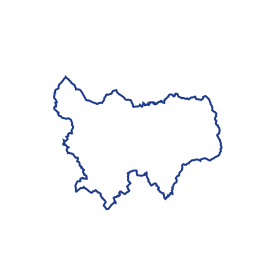 outline of Befotaka, Atsimo-Atsinanana, Madagascar, rotated 140°
{"feature_id": "10022922B11101019287712", "entity_name": "Befotaka", "entity_type": "district", "adm_level": 2, "iso_a3": "MDG", "parent_name": "Madagascar", "parent_adm1": "Atsimo-Atsinanana", "projection": "robinson", "projection_center": [46.959, -23.944], "detail": "fine", "context": "isolated", "style": "outline", "palette": "blue", "viewbox_px": 256, "rotation_deg": 140, "n_neighbors": 0, "source": "geoboundaries", "source_scale": "gbopen_adm2", "svg_char_len": 5822}
<svg xmlns="http://www.w3.org/2000/svg" viewBox="0 0 256 256"><g transform="rotate(140 128 128)"><path d="M68.3,53.8L68.0,55.3L67.3,55.8L66.7,56.6L66.4,57.2L66.2,58.3L65.2,59.7L65.4,61.1L64.7,63.2L64.5,65.0L63.9,65.4L61.5,65.3L60.5,66.5L59.3,67.1L58.1,69.6L58.1,71.0L57.5,72.1L57.6,72.6L58.1,73.0L58.1,74.2L57.5,75.4L55.8,76.6L55.7,77.4L56.0,78.3L55.8,78.9L54.3,80.0L52.7,80.4L52.4,81.3L51.1,82.2L51.0,83.8L51.8,85.8L52.1,87.5L50.9,88.6L49.7,90.5L49.4,93.1L48.8,94.0L47.4,98.2L47.7,99.2L47.8,101.5L48.1,102.7L50.5,103.5L51.0,102.9L51.9,102.3L53.1,102.5L53.9,102.4L54.6,103.5L57.1,106.3L56.9,106.7L56.9,107.9L56.4,108.8L57.5,109.4L58.4,109.6L60.2,110.9L61.7,110.7L63.1,110.9L63.5,111.6L63.5,112.6L65.1,113.2L66.2,115.4L66.7,115.9L67.7,116.2L67.9,117.5L68.4,117.9L69.1,119.6L68.7,121.6L68.3,122.1L68.7,122.5L68.7,122.9L69.4,123.7L70.2,123.5L71.5,122.6L72.7,122.8L72.8,123.3L72.5,124.4L72.9,125.3L74.0,126.6L75.7,126.9L76.2,126.7L76.9,126.0L77.5,126.2L79.7,126.0L80.8,126.2L81.3,125.8L82.3,125.9L84.1,124.0L85.3,125.7L84.9,127.0L85.1,127.5L85.4,127.6L86.8,127.4L87.4,128.2L87.8,128.3L88.9,128.3L89.5,127.9L90.8,128.2L91.0,128.6L90.9,129.2L91.7,130.6L92.3,129.3L92.8,130.3L92.5,131.6L94.6,133.5L95.2,133.8L95.2,133.2L95.5,132.8L96.8,132.3L97.3,132.3L97.5,133.9L98.4,133.5L100.4,134.6L100.0,135.4L99.9,136.4L100.2,137.4L101.3,136.2L102.4,135.9L103.3,135.2L103.8,135.5L103.9,138.1L105.0,137.7L106.3,137.9L106.9,138.3L107.8,139.2L110.2,140.6L110.1,141.8L109.1,142.9L108.9,145.0L107.9,147.2L108.2,147.8L108.7,148.1L109.7,149.7L110.9,150.3L111.3,150.8L111.8,152.1L111.4,153.6L112.5,158.2L113.0,159.1L113.4,162.1L112.7,164.6L115.9,166.1L118.7,164.9L120.1,165.7L121.4,165.9L122.8,167.4L123.3,167.1L123.9,167.3L125.1,166.4L126.5,166.4L128.1,165.0L129.0,164.8L129.4,164.4L130.7,164.3L131.3,163.9L131.7,163.9L133.0,165.1L134.6,166.0L135.6,165.9L136.2,166.1L136.9,167.8L138.8,170.8L139.4,172.5L140.0,173.3L140.0,173.9L140.9,175.0L141.4,175.2L142.1,176.5L141.1,180.8L140.8,183.2L140.4,184.3L140.2,187.9L140.9,189.2L141.8,190.1L143.1,191.0L142.1,192.6L142.2,193.3L141.3,195.4L141.9,196.7L141.9,197.6L142.5,198.7L142.1,200.1L142.4,201.9L142.3,203.2L142.8,205.3L142.9,207.2L143.6,206.7L145.5,206.8L146.9,206.2L150.7,205.6L152.3,205.7L153.3,205.1L154.5,204.6L155.5,203.1L157.0,203.1L157.7,203.5L158.8,203.7L160.4,203.1L161.1,201.7L161.9,201.9L163.1,200.5L164.6,199.4L165.0,198.9L165.2,198.3L165.3,195.8L166.0,193.4L167.5,194.0L168.1,192.1L168.4,191.6L169.0,191.5L169.3,190.7L169.6,190.7L170.5,191.4L170.9,191.3L171.8,190.8L172.3,189.6L171.7,186.7L171.8,186.0L171.3,184.4L171.5,184.1L172.5,183.9L172.9,181.6L171.8,179.9L172.0,178.3L169.2,174.6L167.2,173.6L166.5,171.0L167.7,167.4L169.0,166.4L169.0,165.0L169.2,164.4L169.8,163.6L173.1,162.2L174.3,159.9L174.7,160.1L176.1,161.8L177.8,161.8L178.1,161.6L178.5,160.7L178.9,160.3L180.8,160.9L181.0,158.9L181.3,158.4L183.9,158.1L184.8,158.8L185.1,159.7L185.4,159.1L185.3,158.3L186.2,158.0L186.5,157.0L187.4,157.0L187.7,157.5L188.3,156.9L186.5,154.5L186.7,152.7L186.1,151.9L186.0,151.3L187.5,151.6L189.2,150.5L189.6,149.6L189.6,148.3L190.2,147.4L188.8,146.4L188.4,145.5L187.8,145.0L187.7,144.4L186.9,143.7L187.2,139.0L186.8,138.5L186.0,138.1L185.6,137.4L186.2,136.5L188.4,135.1L187.6,133.9L187.4,133.1L188.1,131.7L189.2,130.2L188.5,128.5L188.7,128.1L189.4,127.7L188.8,127.0L189.1,125.4L188.7,124.9L188.7,124.2L189.0,124.0L190.0,124.0L190.8,123.1L190.9,122.1L191.2,121.6L191.0,120.9L191.6,120.3L191.0,119.5L190.9,118.3L190.7,117.6L191.8,116.8L192.0,115.9L192.2,115.6L193.2,116.5L193.8,117.3L194.6,117.7L194.6,118.7L194.9,119.1L196.2,119.3L196.7,119.7L197.2,119.6L197.7,118.9L198.7,118.6L198.9,118.0L200.7,119.4L201.7,119.4L205.4,117.7L206.6,115.4L208.6,112.9L208.5,112.5L202.6,112.4L200.7,110.8L199.8,111.2L199.5,108.6L199.1,108.2L198.9,107.4L198.9,106.2L198.6,105.8L198.5,104.3L197.6,101.8L196.7,101.6L195.3,102.0L194.6,101.3L192.8,101.2L192.6,100.6L192.5,100.0L192.7,99.6L192.4,98.7L192.4,97.7L191.9,97.4L191.5,96.8L191.5,96.0L191.2,95.2L191.4,94.7L192.3,94.0L192.6,92.8L192.5,92.0L192.9,90.6L192.5,90.3L192.4,89.8L192.6,88.7L192.4,87.9L192.5,86.2L192.9,85.4L195.4,84.8L196.5,84.1L196.4,81.6L196.6,79.7L195.1,78.7L194.5,78.7L190.2,79.7L187.1,79.8L186.3,79.6L185.8,78.5L185.1,79.2L185.1,81.0L184.1,82.9L184.0,83.6L182.4,83.5L181.1,82.5L179.5,82.9L179.2,82.7L179.2,81.9L178.1,81.7L176.8,82.2L176.6,83.9L174.9,84.4L174.2,83.8L174.3,82.8L173.8,82.2L173.0,79.5L172.1,79.3L170.3,79.5L169.4,79.1L167.3,79.1L167.1,79.4L167.2,81.1L166.6,82.2L166.4,83.7L161.6,84.2L161.7,87.1L161.5,88.1L159.4,90.1L159.2,91.1L157.6,91.9L157.4,93.4L156.3,93.5L155.6,92.8L153.9,93.1L153.0,92.3L151.7,92.2L148.9,90.1L148.9,89.6L150.8,87.1L151.2,86.2L151.0,85.4L150.1,84.8L148.8,83.0L145.7,81.4L145.3,81.4L144.6,82.3L144.3,82.3L143.7,81.9L142.5,81.9L142.7,81.3L143.6,80.7L144.2,79.7L145.3,77.1L145.3,76.1L145.6,74.9L146.6,74.4L146.6,72.3L147.2,69.6L147.2,69.1L146.8,68.8L143.4,68.5L142.5,67.9L142.4,67.2L142.4,66.5L143.3,65.8L142.8,64.7L142.7,62.4L143.1,62.1L144.1,62.2L144.5,61.1L144.2,59.6L144.5,58.8L144.3,57.9L143.6,56.5L143.7,55.8L142.9,55.2L143.1,54.4L145.0,51.3L145.1,50.2L144.9,49.5L144.1,49.9L143.3,49.7L142.8,50.2L141.6,50.0L140.8,49.5L140.4,50.0L140.4,50.6L139.3,50.0L137.2,50.8L136.7,50.3L136.7,49.4L136.4,48.9L135.9,49.3L134.6,52.0L132.9,52.4L132.8,53.5L132.4,54.0L131.2,54.1L129.5,55.3L128.2,55.6L126.9,55.6L125.9,55.3L125.4,55.5L124.0,56.9L123.9,58.4L123.4,58.9L121.7,59.4L120.1,59.2L119.4,58.8L117.6,60.5L113.2,61.3L112.7,62.1L111.9,62.6L110.8,64.3L109.6,64.9L108.6,64.5L107.9,63.0L107.3,62.5L105.5,62.6L104.1,61.8L103.1,62.3L99.5,62.1L98.5,61.1L96.6,60.4L94.3,58.4L93.7,56.3L92.7,56.9L92.0,57.0L88.6,55.5L88.0,54.6L86.4,50.7L85.8,50.3L83.7,50.3L82.0,49.7L79.9,49.6L77.0,48.8L75.4,48.8L74.9,49.0L73.4,50.1L71.5,50.6L70.8,52.4L69.1,52.7L68.9,53.4L68.3,53.8Z" fill="none" stroke="#1e3a8a" stroke-width="2"/></g></svg>